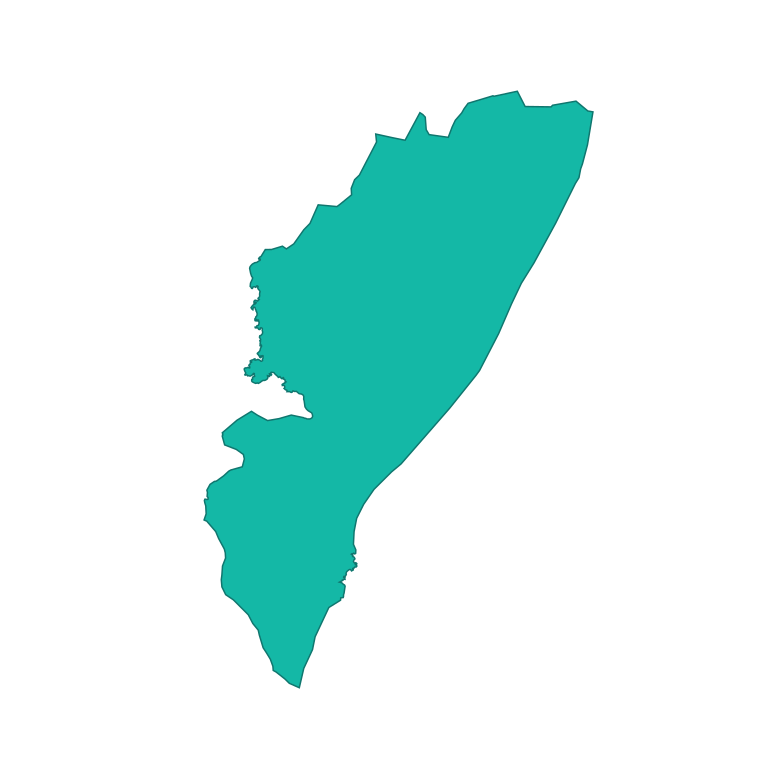 outline of Yunusari, Yobe, Nigeria, rotated 101°
{"feature_id": "59680162B1638752109374", "entity_name": "Yunusari", "entity_type": "district", "adm_level": 2, "iso_a3": "NGA", "parent_name": "Nigeria", "parent_adm1": "Yobe", "projection": "mercator", "projection_center": [11.911, 13.116], "detail": "fine", "context": "isolated", "style": "filled", "palette": "teal", "viewbox_px": 768, "rotation_deg": 101, "n_neighbors": 0, "source": "geoboundaries", "source_scale": "gbopen_adm2", "svg_char_len": 6148}
<svg xmlns="http://www.w3.org/2000/svg" viewBox="0 0 768 768"><g transform="rotate(101 384 384)"><path d="M698.3,409.2L678.5,408.5L658.4,403.5L645.3,403.4L613.9,395.5L604.5,385.4L602.2,385.7L601.4,383.3L600.2,383.2L598.7,383.5L596.8,383.3L589.9,383.6L588.8,384.4L588.6,385.3L587.2,387.5L587.0,389.9L585.2,387.6L584.4,387.5L584.5,386.9L583.6,386.4L583.3,386.0L583.2,385.0L582.2,385.4L581.6,385.6L581.2,385.4L581.0,385.7L581.5,386.7L581.0,386.8L580.5,386.6L580.2,385.4L579.1,384.9L577.9,384.7L577.5,385.1L576.2,385.0L575.3,384.8L573.3,383.2L572.6,382.3L572.5,381.7L572.8,381.0L573.4,380.6L573.7,380.1L573.2,379.7L572.4,378.7L571.7,378.9L571.5,379.4L571.1,379.5L570.7,379.1L570.7,378.5L569.2,377.7L569.0,376.5L567.9,375.9L567.2,376.3L566.9,377.6L566.5,377.8L565.9,377.6L566.2,376.7L565.8,376.4L565.5,376.4L564.8,377.6L565.3,378.3L565.4,378.8L564.2,380.1L562.6,380.0L562.0,379.7L561.7,379.3L560.8,379.3L559.5,380.6L559.3,381.8L559.0,382.0L558.1,381.8L557.9,381.9L557.5,383.6L557.0,383.5L556.5,382.1L555.9,381.6L555.9,381.2L556.4,380.4L556.2,380.0L555.6,379.5L552.2,380.0L547.2,383.4L534.7,385.2L521.0,385.2L506.0,381.0L489.3,373.7L468.8,359.8L459.2,352.0L395.2,314.9L358.1,295.4L352.6,292.8L312.7,281.1L281.0,274.1L258.9,268.4L236.6,259.9L193.4,246.2L150.6,234.4L144.3,232.0L135.2,232.0L130.1,231.2L110.4,229.9L77.0,230.8L77.1,236.0L69.7,249.5L78.2,271.7L80.1,272.9L84.7,298.4L71.2,309.0L80.6,331.0L80.3,332.0L92.4,355.0L98.5,357.9L103.0,359.4L111.5,364.3L118.5,366.1L129.6,368.0L130.6,387.3L126.3,391.1L114.2,394.4L112.1,397.3L110.8,400.5L140.7,409.8L140.6,423.1L140.2,439.8L147.9,437.5L183.6,448.0L189.0,451.8L198.2,453.5L204.5,451.9L215.9,461.4L218.8,464.0L220.7,482.8L240.5,487.3L247.8,492.1L263.7,499.3L270.0,505.6L268.1,510.0L273.4,520.0L274.7,526.2L282.4,529.1L282.8,529.8L283.5,530.4L284.8,531.0L285.3,530.6L284.9,529.7L285.2,529.2L286.2,529.2L286.9,530.1L288.9,532.1L289.6,534.0L291.4,536.1L292.6,536.9L294.3,537.8L296.0,538.0L300.7,536.1L303.4,534.6L304.8,533.2L306.4,533.3L310.5,534.3L313.7,534.0L314.2,533.2L315.4,532.2L315.3,531.4L313.6,531.0L313.2,529.4L313.6,528.5L312.9,527.8L312.1,527.8L311.9,526.8L312.3,526.2L313.7,526.3L314.8,525.6L315.9,524.1L317.1,523.2L317.9,523.4L319.6,523.3L320.9,522.9L322.2,522.9L323.2,523.4L323.9,524.0L324.5,523.8L324.8,522.7L326.0,523.4L326.7,523.9L326.4,524.7L326.3,526.5L327.1,527.2L327.9,527.4L328.6,527.3L329.1,526.7L328.3,525.8L328.4,525.1L329.2,525.2L329.8,525.8L330.5,526.1L330.2,527.0L331.2,527.4L332.8,528.4L334.5,529.1L335.7,527.9L336.2,526.9L334.2,526.9L333.4,526.6L333.3,526.1L333.5,525.3L335.0,524.6L335.9,523.7L336.7,523.6L337.0,523.1L338.3,522.4L339.0,522.0L340.4,521.8L341.4,521.9L342.7,522.7L343.9,522.7L344.7,523.2L345.9,522.9L346.4,522.7L346.5,521.8L345.2,521.4L345.4,521.1L346.3,520.7L346.3,520.3L345.9,520.0L345.4,520.1L345.1,519.9L345.3,519.3L346.2,519.1L347.3,518.3L347.7,518.4L348.4,518.2L350.4,518.5L350.7,518.9L350.9,519.7L351.2,519.9L352.6,520.3L352.9,520.6L352.7,521.3L353.1,521.3L353.4,521.1L353.4,520.6L353.0,518.9L353.2,518.4L354.0,517.7L354.3,517.2L354.3,516.6L354.0,516.1L353.4,515.9L352.5,516.0L352.2,515.4L352.4,514.6L352.7,514.1L353.1,513.9L354.6,513.8L355.7,513.2L357.0,512.9L357.9,513.0L359.7,514.0L360.3,515.1L360.9,515.2L361.0,515.1L362.1,515.1L363.1,514.0L364.2,513.5L365.2,514.2L365.4,514.1L365.3,513.6L365.5,513.4L368.3,513.3L368.5,512.8L369.7,513.1L370.1,513.0L370.2,512.5L369.9,512.3L369.5,511.7L370.2,511.4L372.8,512.1L374.8,512.1L376.7,513.1L377.6,513.9L378.1,514.2L378.5,514.1L379.1,513.2L380.8,511.4L381.5,511.0L381.8,510.4L381.6,509.9L380.9,509.5L380.6,509.6L380.1,510.2L379.7,510.1L379.9,509.0L379.3,508.4L379.5,508.1L380.0,508.0L382.1,507.7L383.1,508.1L384.2,507.7L385.1,508.7L385.1,509.3L384.4,510.3L383.9,512.2L383.9,512.6L384.3,513.0L385.1,514.8L385.0,515.4L384.1,515.4L383.9,515.5L384.3,516.3L385.4,517.5L385.8,518.5L386.7,519.7L387.0,519.8L387.4,519.4L387.5,518.2L387.8,518.1L388.2,518.4L388.7,519.2L389.0,519.4L390.4,519.2L390.9,520.0L391.2,520.2L391.8,520.1L392.9,519.0L393.8,518.9L394.0,519.4L393.7,520.5L393.8,521.1L394.1,521.4L394.6,522.4L394.7,522.8L394.6,523.1L394.9,523.6L395.8,524.1L396.8,523.8L398.2,522.9L399.4,521.9L399.8,521.8L401.5,522.4L401.8,522.0L401.2,520.5L401.4,519.9L402.0,519.5L401.7,518.8L401.8,516.9L400.4,515.1L398.6,514.2L398.4,513.8L398.5,513.3L398.8,513.2L399.1,513.5L399.6,513.6L400.6,512.6L401.1,512.4L401.5,512.7L401.9,513.8L402.4,514.2L403.4,514.2L404.2,513.8L404.8,514.7L406.2,514.5L406.9,513.9L407.3,512.8L407.9,510.2L407.1,508.4L407.4,507.5L406.1,505.9L404.7,504.7L403.6,503.5L403.3,502.0L402.7,500.9L401.4,499.6L400.1,499.2L398.0,500.0L398.0,499.2L398.6,498.7L398.4,497.8L396.5,498.0L395.8,498.4L395.7,498.0L396.8,497.0L397.0,496.5L396.3,496.1L394.8,497.4L394.0,497.0L393.8,494.2L395.1,492.8L397.0,489.6L397.7,489.0L397.5,488.4L396.6,487.6L397.9,486.1L398.3,485.2L397.0,484.2L397.4,483.6L398.3,483.6L398.8,482.0L400.0,481.6L400.6,480.6L401.4,481.6L402.4,481.6L402.5,482.6L403.9,483.9L404.9,483.5L404.5,482.4L404.8,481.3L405.9,480.8L406.7,480.8L407.4,481.3L408.4,479.7L408.7,478.1L409.5,477.7L410.0,477.8L409.5,475.2L410.0,473.5L409.4,472.5L408.1,472.0L408.4,470.2L407.9,468.7L409.7,465.5L409.6,463.0L410.4,461.1L411.8,460.3L414.2,460.0L415.7,459.2L421.5,457.2L423.5,455.3L424.7,453.4L426.1,449.5L427.4,448.6L429.2,447.9L430.7,448.1L431.7,449.0L432.5,450.2L433.0,453.0L432.6,454.2L432.8,455.4L432.4,456.4L432.2,469.1L438.0,480.4L442.1,491.3L438.8,502.2L436.1,508.9L447.6,521.4L462.7,533.4L463.5,532.8L464.0,532.7L464.1,532.9L465.1,532.5L465.9,532.9L474.2,528.8L476.4,516.5L480.0,508.6L484.2,506.8L492.3,507.3L497.6,517.9L499.2,519.8L504.8,523.9L511.4,530.1L512.0,531.9L515.7,535.6L522.0,537.6L524.2,536.6L528.1,536.2L529.2,534.9L530.7,534.8L531.2,535.7L531.1,537.0L531.2,537.8L532.6,538.1L534.7,537.3L537.7,535.7L545.4,533.8L551.8,534.7L552.2,533.2L552.3,532.0L561.0,521.0L567.3,516.8L576.4,509.3L580.0,507.6L585.1,506.3L593.5,507.8L602.3,506.7L607.1,506.4L614.1,504.4L621.0,499.2L624.6,490.7L636.4,473.2L644.2,467.0L649.6,460.5L654.4,458.4L666.0,452.3L670.5,447.9L675.8,443.1L682.3,439.2L686.3,438.1L687.3,435.0L692.4,425.1L695.9,419.8L698.3,409.2Z" fill="#14b8a6" stroke="#0f766e" stroke-width="1.5"/></g></svg>